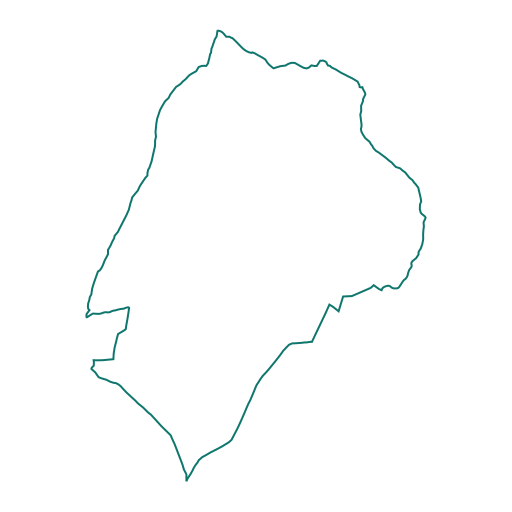 the district of San Jerónimo Zacualpan, Tlaxcala, Mexico
{"feature_id": "50627088B35723887054559", "entity_name": "San Jerónimo Zacualpan", "entity_type": "district", "adm_level": 2, "iso_a3": "MEX", "parent_name": "Mexico", "parent_adm1": "Tlaxcala", "projection": "mercator", "projection_center": [-98.265, 19.247], "detail": "fine", "context": "isolated", "style": "outline", "palette": "teal", "viewbox_px": 512, "rotation_deg": 0, "n_neighbors": 0, "source": "geoboundaries", "source_scale": "gbopen_adm2", "svg_char_len": 4965}
<svg xmlns="http://www.w3.org/2000/svg" viewBox="0 0 512 512"><path d="M362.4,87.2L361.0,87.4L359.7,87.1L359.3,85.1L357.6,81.6L352.2,78.3L348.2,76.4L344.6,74.5L341.3,72.9L337.6,70.6L336.0,69.6L331.5,67.4L330.0,65.9L328.0,65.5L326.8,63.5L326.4,62.3L324.8,61.2L323.7,60.8L322.6,60.5L321.4,60.8L320.2,60.7L316.8,65.9L314.6,66.0L311.4,65.4L308.8,67.6L306.6,68.4L303.6,67.8L300.6,66.2L296.4,63.8L294.7,62.9L291.5,62.8L288.5,63.8L285.2,65.6L280.3,66.2L276.0,67.5L273.6,68.3L272.4,67.5L271.4,66.6L269.7,65.2L268.1,63.6L267.0,62.1L266.2,60.8L265.3,59.5L262.6,57.7L258.0,55.2L254.4,53.1L252.3,52.4L251.7,52.9L249.0,52.3L246.6,51.2L244.7,50.0L242.7,48.4L240.9,46.6L240.1,45.8L238.3,43.9L236.4,41.9L234.2,39.8L232.5,38.2L230.9,37.6L229.6,36.8L226.2,36.7L223.9,33.9L222.4,32.4L221.0,31.5L219.7,31.0L218.5,30.7L217.5,30.8L217.3,31.8L217.0,33.9L216.8,35.3L216.4,36.9L215.5,38.1L214.5,40.1L214.2,41.4L213.3,43.7L212.2,47.2L211.5,48.5L211.0,52.9L210.2,53.9L209.2,58.6L207.9,63.5L206.3,65.9L204.9,65.8L201.9,65.9L198.7,67.0L196.2,71.2L190.8,74.2L188.9,75.6L185.5,79.3L182.8,81.5L180.8,83.7L178.8,85.2L176.2,86.8L175.1,88.2L170.3,94.5L168.6,98.0L165.1,101.2L162.9,104.9L160.1,109.9L157.1,118.9L156.6,122.0L156.4,122.9L155.5,132.2L156.0,136.6L155.1,140.4L155.1,143.3L155.0,146.2L153.6,152.2L151.6,161.3L149.3,167.9L148.2,169.6L147.5,172.6L147.4,175.6L145.4,177.8L143.2,181.0L139.9,186.0L137.8,190.6L134.6,194.4L132.1,197.5L131.5,200.3L130.6,202.7L128.8,209.8L126.4,215.2L118.7,230.2L118.0,231.8L114.6,235.9L114.1,238.3L112.3,241.6L110.4,245.9L108.0,249.9L108.0,254.2L106.3,257.5L104.7,260.4L103.0,264.9L101.2,268.5L99.7,270.5L98.0,271.4L97.0,274.1L93.5,284.1L92.1,288.9L91.3,294.6L90.1,296.5L89.7,297.5L89.5,299.2L88.8,301.6L88.2,303.2L87.9,306.6L88.2,308.7L89.5,310.2L88.2,311.8L86.5,314.3L86.4,315.5L86.6,317.2L87.1,317.2L92.4,313.8L93.0,313.6L99.0,313.9L101.0,313.5L103.8,312.5L104.7,312.3L105.3,312.2L105.7,312.2L106.4,312.3L107.6,312.3L108.6,312.4L109.2,312.3L109.6,312.1L110.2,312.0L111.1,311.5L112.0,311.1L113.3,310.7L113.9,310.5L114.2,310.5L114.4,310.5L114.6,310.5L114.8,310.5L115.1,310.4L116.3,310.1L118.0,309.6L120.7,309.0L122.0,308.8L123.1,308.8L123.8,308.7L124.9,308.1L125.6,307.9L126.6,307.6L127.5,307.4L128.2,307.3L128.5,307.4L128.8,307.6L128.9,307.8L129.1,307.9L129.1,308.2L128.9,309.3L128.5,312.3L127.8,316.6L127.2,320.4L126.6,323.6L126.1,326.5L125.8,329.1L124.4,330.2L118.1,334.0L116.8,338.6L116.4,340.6L114.7,347.2L113.7,353.5L113.4,359.2L109.1,359.6L102.7,360.2L97.4,360.3L96.4,360.3L93.6,360.2L93.9,362.3L93.8,364.6L93.8,365.5L93.6,365.9L92.7,366.7L91.9,367.6L91.5,368.2L91.4,368.8L91.5,369.1L92.9,370.3L95.1,372.2L96.6,374.3L98.2,376.6L98.9,377.3L100.6,378.0L103.4,378.9L106.3,379.7L109.9,381.6L113.6,382.8L115.9,383.1L118.6,384.5L120.8,386.3L123.4,389.2L126.4,392.4L130.2,395.9L135.2,400.5L137.9,403.3L143.2,407.6L148.0,412.4L150.9,414.6L153.6,417.6L155.0,419.1L161.6,426.4L165.7,430.4L170.7,435.3L172.2,438.9L174.6,444.1L178.2,453.4L182.5,464.7L183.9,469.5L186.4,474.3L186.4,481.3L187.6,478.5L189.0,476.4L190.7,473.8L192.6,470.4L193.8,467.8L195.7,464.8L197.6,462.4L198.8,460.1L200.3,458.9L202.1,457.2L205.3,455.5L210.6,452.4L217.3,449.0L222.6,446.1L228.8,442.3L231.5,439.9L237.2,429.0L239.4,424.4L242.0,418.6L244.8,412.1L246.3,408.5L248.5,403.5L250.4,399.9L252.4,395.1L254.2,390.8L255.1,388.5L256.6,385.0L258.0,382.9L260.7,378.7L262.8,375.8L265.8,372.7L268.6,369.5L274.8,361.9L279.1,356.5L281.9,352.7L283.3,350.6L284.3,349.7L286.2,347.6L289.1,344.7L292.5,343.3L294.9,343.3L302.1,342.8L303.9,342.5L306.7,342.4L310.6,341.8L311.9,341.9L325.6,313.1L329.4,304.6L333.1,306.9L338.6,311.3L343.1,296.5L349.3,296.2L351.8,296.1L370.7,287.9L373.7,285.2L379.1,289.1L381.6,290.2L382.1,288.9L382.6,288.1L383.3,287.5L384.4,286.8L386.0,286.2L387.7,285.8L388.9,285.8L389.7,286.0L390.2,286.4L391.3,287.3L392.3,287.9L393.3,288.3L394.5,288.4L396.6,288.4L397.8,288.1L398.5,287.7L399.2,287.0L400.3,285.3L402.0,282.7L402.2,282.4L403.0,281.2L404.0,280.0L405.7,278.7L406.6,277.5L407.6,275.5L408.0,273.4L408.8,271.0L409.3,269.8L411.2,267.3L411.5,266.7L411.7,265.4L411.3,263.9L411.5,262.5L412.5,261.1L416.1,258.2L417.8,255.6L418.5,254.6L418.5,253.1L418.6,252.1L419.8,249.8L420.7,248.7L421.5,246.4L422.3,244.1L422.6,242.4L423.1,240.1L423.2,237.9L423.1,234.9L423.4,229.9L423.9,226.3L423.6,223.6L423.6,222.3L424.2,220.9L425.1,219.2L425.6,217.7L425.1,216.7L424.4,216.0L421.5,213.7L420.6,212.3L419.8,209.1L420.0,204.5L421.2,201.4L420.6,197.7L419.9,194.6L419.0,191.1L418.3,187.7L416.7,185.6L415.6,184.1L414.6,183.2L412.4,180.1L409.3,177.6L407.0,174.7L405.3,172.5L402.9,170.8L400.0,168.3L395.9,167.0L394.0,165.1L391.9,162.7L388.8,160.4L385.9,157.9L378.7,152.5L376.0,150.9L373.6,148.4L372.3,145.9L371.0,144.3L369.5,141.7L365.4,138.3L362.9,134.5L361.5,131.9L360.9,129.1L361.5,126.6L361.5,124.1L361.1,121.3L360.7,118.0L360.3,114.7L361.2,111.1L361.1,105.8L363.1,100.8L363.0,99.3L363.8,97.5L365.3,94.6L365.1,93.0L364.0,90.9L363.0,89.1L362.4,87.2Z" fill="none" stroke="#0f766e" stroke-width="2"/></svg>